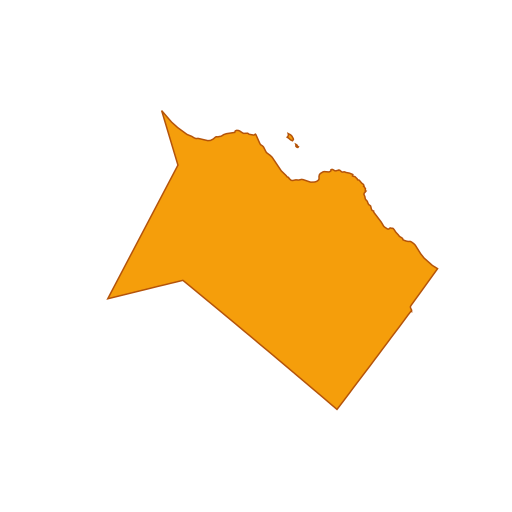 the Province of Dhofar, rotated 239°
{"feature_id": "OMN-2411", "entity_name": "Dhofar", "entity_type": "Province", "adm_level": 1, "iso_a3": "OMN", "parent_name": "Oman", "parent_adm1": "", "projection": "albers", "projection_center": [54.841, 18.87], "detail": "fine", "context": "isolated", "style": "filled", "palette": "amber", "viewbox_px": 512, "rotation_deg": 239, "n_neighbors": 0, "source": "natural_earth", "source_scale": "10m", "svg_char_len": 3247}
<svg xmlns="http://www.w3.org/2000/svg" viewBox="0 0 512 512"><g transform="rotate(239 256 256)"><path d="M83.2,247.5L82.8,246.4L89.9,244.0L100.8,240.4L111.6,236.7L122.5,233.0L133.4,229.3L144.3,225.6L155.1,221.9L166.0,218.2L176.8,214.4L187.7,210.7L198.5,206.9L209.3,203.2L220.1,199.4L231.0,195.6L241.7,191.8L252.5,188.0L263.3,184.2L272.8,180.8L274.8,174.3L275.2,173.0L276.4,169.3L278.2,163.4L280.6,155.9L283.3,147.0L286.4,137.0L289.7,126.3L293.1,115.3L295.7,106.9L296.5,108.2L374.1,235.9L429.2,250.0L414.2,252.6L406.4,255.0L395.7,259.5L391.7,262.5L389.0,263.9L387.5,265.1L386.9,266.5L386.4,267.2L379.7,274.1L378.5,276.5L378.3,279.7L378.7,281.9L378.8,282.7L378.6,283.5L377.7,284.8L377.4,285.9L376.8,287.3L376.6,288.0L376.7,290.8L376.1,293.6L372.9,301.4L373.9,302.7L373.7,304.1L372.8,305.4L371.6,306.4L368.8,307.7L367.5,308.5L365.6,312.0L365.2,312.3L364.2,312.6L363.8,312.9L360.9,316.2L360.7,316.7L360.8,318.2L360.1,318.4L350.1,317.2L348.8,317.4L346.9,318.3L345.5,318.6L340.0,318.2L338.8,318.4L334.6,320.1L332.3,320.7L316.0,321.5L309.6,323.2L308.1,323.4L307.6,323.5L307.3,323.8L307.0,324.1L306.6,324.3L305.5,324.4L305.4,324.3L303.3,324.9L302.7,325.2L301.8,326.3L300.9,329.0L300.3,330.1L299.4,331.2L299.1,331.7L298.2,334.5L297.9,334.9L297.0,335.9L291.1,340.9L289.3,344.2L288.9,345.5L288.7,347.1L289.0,348.9L289.7,349.8L291.8,351.0L293.1,352.3L293.6,353.7L293.6,356.8L293.2,358.0L290.6,361.6L290.4,362.2L290.3,363.1L290.4,364.0L290.8,364.3L291.3,364.6L291.3,365.1L291.0,365.9L290.6,366.3L289.0,367.2L288.4,367.5L288.0,368.1L287.7,368.7L287.5,369.8L286.9,370.9L287.1,371.2L286.5,371.9L284.5,372.6L283.5,373.1L283.2,373.7L282.9,374.6L282.3,375.5L281.6,375.8L278.9,378.8L276.1,380.9L275.7,380.9L275.0,379.9L274.3,380.3L273.5,381.3L272.8,381.8L271.8,382.0L270.8,382.3L269.9,382.5L269.0,382.3L268.0,383.4L266.8,383.7L264.2,384.1L262.1,384.9L261.0,384.9L260.3,384.1L259.5,384.5L258.4,384.3L257.6,384.6L255.5,383.2L255.0,383.7L254.5,382.4L254.2,381.2L253.4,380.3L250.8,379.9L249.0,379.2L248.2,379.1L247.4,379.2L246.1,379.5L245.3,379.5L243.1,379.1L242.2,379.1L241.6,379.3L240.2,379.9L239.8,380.0L236.8,379.1L235.2,379.0L233.9,380.0L233.3,379.6L232.7,379.5L220.7,380.8L215.7,380.8L214.6,381.1L211.7,382.5L211.0,383.0L210.8,383.6L210.8,384.2L210.9,384.7L211.0,385.2L210.8,385.7L209.9,386.5L209.7,387.0L209.0,387.7L207.4,388.0L204.4,388.1L200.6,388.9L199.3,389.0L198.2,389.4L196.8,390.2L195.5,390.7L194.3,390.3L193.1,391.1L191.5,392.4L190.1,393.9L189.4,395.2L188.9,395.9L187.7,396.6L185.4,397.6L183.3,398.1L173.1,398.3L167.7,399.0L157.1,402.3L151.6,405.1L147.7,396.0L143.8,386.9L139.9,377.8L136.0,368.6L133.6,363.0L132.9,362.1L131.8,361.7L129.4,361.5L128.5,360.9L128.9,360.8L129.0,360.8L127.1,355.9L124.4,349.4L121.7,342.9L119.1,336.4L116.5,329.9L113.8,323.4L111.2,316.9L108.5,310.4L105.9,303.9L103.2,297.4L100.6,290.8L98.0,284.3L95.4,277.8L92.8,271.3L90.1,264.8L87.5,258.3L84.9,251.8L83.2,247.5ZM341.8,343.9L342.0,344.8L342.6,345.7L343.4,346.3L344.4,346.6L342.3,347.9L341.3,348.3L340.3,348.5L337.4,348.4L336.5,348.0L336.0,346.6L337.6,345.5L340.1,344.7L341.8,343.9ZM327.8,348.6L327.5,347.9L327.8,347.3L328.6,346.9L329.5,346.7L330.8,347.5L331.3,347.6L330.3,348.2L328.4,348.2L327.8,348.6L327.8,348.6Z" fill="#f59e0b" stroke="#b45309" stroke-width="1.5"/></g></svg>